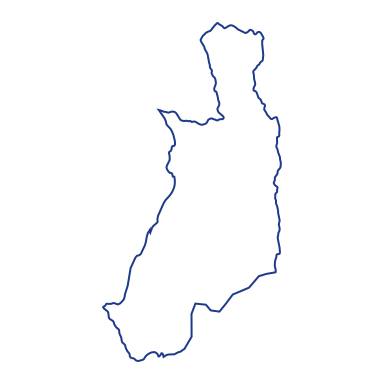 SVG path tracing the border of Menabe
{"feature_id": "MDG-5878", "entity_name": "Menabe", "entity_type": "Autonomous Province", "adm_level": 1, "iso_a3": "MDG", "parent_name": "Madagascar", "parent_adm1": "", "projection": "natural_earth1", "projection_center": [45.071, -20.047], "detail": "fine", "context": "isolated", "style": "outline", "palette": "blue", "viewbox_px": 384, "rotation_deg": 0, "n_neighbors": 0, "source": "natural_earth", "source_scale": "10m", "svg_char_len": 5994}
<svg xmlns="http://www.w3.org/2000/svg" viewBox="0 0 384 384"><path d="M103.2,306.9L105.2,305.7L106.2,304.0L106.6,303.8L110.8,303.9L113.7,303.0L115.1,303.4L116.5,304.0L117.9,304.4L119.8,303.6L122.0,301.6L123.9,299.2L124.6,296.9L125.0,294.2L127.7,285.7L130.6,268.1L135.4,257.6L137.0,255.8L139.5,255.1L140.9,253.8L145.0,245.1L146.0,241.4L146.7,237.1L147.8,233.1L149.7,230.1L149.7,230.9L150.3,232.6L152.1,227.7L153.2,226.1L156.6,223.1L157.6,221.9L157.4,219.0L158.1,215.7L163.7,203.1L165.4,200.3L169.9,195.3L171.7,192.7L173.2,189.8L174.4,186.4L174.8,183.7L174.8,179.8L174.3,176.7L172.8,176.5L172.2,174.0L171.8,173.3L171.2,173.0L170.1,172.9L169.6,172.7L168.6,171.7L167.6,170.3L166.8,168.7L166.5,167.1L166.8,165.9L168.3,162.8L168.8,161.8L169.5,160.5L169.7,159.0L169.6,155.9L169.4,155.0L169.2,154.1L169.0,153.3L169.1,152.2L169.5,151.8L170.8,150.9L171.2,150.3L171.6,148.6L171.8,147.2L172.4,146.2L174.1,145.9L175.1,144.3L174.8,140.7L173.3,134.7L172.1,131.8L170.7,129.1L167.0,125.1L166.4,124.1L165.8,121.1L164.4,118.1L158.8,110.0L160.5,110.4L163.8,111.7L166.4,112.1L168.0,112.6L168.7,112.6L171.1,111.8L172.0,111.6L172.9,111.6L173.6,111.7L174.3,111.9L175.4,112.4L175.9,112.9L176.9,114.2L180.1,119.4L180.7,120.0L181.4,120.4L183.2,120.9L184.2,121.0L186.4,120.7L188.1,121.1L189.0,121.2L190.3,121.0L191.7,121.9L192.3,121.9L193.8,121.5L194.6,121.5L196.9,122.6L198.3,123.6L199.1,124.0L200.8,124.6L201.7,124.8L202.6,124.7L205.2,123.9L206.1,123.4L207.0,122.3L207.7,120.9L208.3,119.8L209.4,119.1L210.3,118.7L211.2,118.4L212.0,118.5L213.6,119.2L215.6,119.8L216.2,120.2L216.9,120.4L217.8,120.3L219.0,119.5L220.7,119.2L222.3,119.1L223.1,118.8L223.6,118.2L223.6,117.2L223.2,116.4L222.6,115.8L219.4,113.1L218.8,112.5L218.3,111.9L217.8,110.8L217.6,110.0L217.4,109.1L217.7,108.0L218.5,106.6L219.0,105.5L219.3,104.1L219.3,103.0L219.0,102.0L218.6,101.2L218.3,100.2L217.5,95.9L217.0,94.3L216.8,93.3L216.5,92.4L216.2,91.7L215.0,91.2L214.7,90.9L214.4,90.2L214.2,89.3L214.3,88.2L214.7,86.9L215.5,84.9L215.8,83.5L215.9,82.3L215.3,79.2L215.1,78.5L214.8,78.0L214.4,77.5L212.8,75.8L211.7,73.4L211.6,72.5L211.9,71.4L211.8,70.5L211.5,69.7L210.4,68.3L210.0,67.5L209.9,66.6L209.8,64.8L209.2,63.1L207.6,54.5L207.3,53.6L206.9,52.8L205.2,49.8L204.8,49.0L204.4,47.3L204.1,46.5L201.4,42.1L201.0,41.3L200.7,40.5L200.7,39.6L201.1,38.9L202.4,36.5L202.9,35.8L205.9,32.9L207.9,31.7L209.8,31.1L210.8,30.4L211.5,29.6L212.5,28.1L213.6,26.9L214.5,25.6L215.9,24.4L216.5,23.7L217.0,23.2L217.7,23.0L219.5,24.5L221.9,25.8L222.7,26.5L223.3,27.3L223.9,27.9L224.7,28.2L225.7,27.8L227.2,26.8L230.1,25.3L231.2,25.3L232.3,25.5L234.2,26.4L235.2,27.1L236.1,27.7L237.3,28.9L238.0,29.4L244.9,32.8L245.9,33.0L247.0,32.4L248.6,31.3L249.1,30.7L249.5,30.1L250.1,29.9L250.9,29.9L252.4,30.7L253.1,31.3L253.5,32.1L253.7,32.9L254.1,33.6L254.6,34.2L255.3,34.3L256.0,34.0L257.6,32.2L259.1,31.9L260.4,32.5L261.0,33.2L263.2,37.1L263.5,38.1L263.5,38.8L262.4,40.1L262.3,40.6L262.2,41.1L262.2,44.1L263.3,55.1L262.8,59.8L262.6,60.4L262.3,60.8L260.7,62.1L260.1,62.7L259.3,64.3L259.0,64.6L257.9,65.3L257.3,65.9L256.5,67.5L255.2,69.2L253.8,70.5L253.4,71.2L253.3,71.8L253.3,72.4L253.8,74.3L254.1,78.8L254.7,81.2L255.2,83.8L255.2,84.5L255.1,85.1L254.1,86.9L253.8,87.7L253.5,89.2L253.5,90.0L253.7,90.5L255.4,91.2L255.7,91.4L256.3,92.0L256.9,93.2L258.3,97.3L258.5,97.7L259.0,98.3L260.4,99.3L261.1,100.6L261.6,102.2L261.9,102.9L262.3,103.4L264.0,104.1L264.5,104.4L264.9,105.1L265.0,105.7L264.9,106.2L264.5,107.2L264.4,107.9L264.2,109.1L264.3,109.7L264.5,110.2L265.3,111.2L266.2,112.7L267.0,114.4L267.7,115.4L269.2,116.9L270.0,117.9L270.5,118.6L271.2,119.0L271.7,119.1L272.1,119.0L274.3,117.7L275.6,117.3L276.0,117.2L276.5,117.3L277.0,117.8L277.2,118.5L277.3,119.4L277.4,120.1L278.1,121.8L278.4,123.3L279.2,125.8L279.4,127.5L279.5,130.3L279.2,132.5L279.3,135.2L279.2,135.9L278.9,136.3L278.6,136.6L277.5,137.0L277.2,137.2L277.0,137.4L277.0,137.8L277.1,142.8L277.1,143.4L276.5,145.1L276.3,146.4L276.4,147.1L276.6,147.6L276.9,148.0L277.5,149.4L278.2,152.6L279.9,157.1L280.0,158.1L280.1,159.5L280.3,160.4L280.8,162.4L280.8,163.1L280.6,166.6L280.3,167.5L279.9,168.3L278.2,170.2L277.8,171.0L277.7,171.5L277.5,173.1L277.4,173.6L277.0,174.5L275.1,177.0L274.9,177.8L274.8,180.1L274.5,181.1L273.9,182.3L273.8,182.8L273.9,183.5L274.4,184.4L274.8,185.0L275.8,185.9L276.9,186.6L277.2,186.9L277.5,187.2L277.5,187.7L277.4,188.4L277.1,189.4L277.0,190.0L277.2,191.3L277.1,191.8L276.9,192.2L275.7,193.4L275.5,193.7L275.3,194.2L275.3,194.8L275.3,196.5L275.1,198.1L275.3,198.8L275.7,199.7L276.0,200.5L276.0,202.7L276.1,203.5L276.4,204.5L277.1,206.1L278.1,210.9L278.1,212.6L278.2,213.3L279.5,219.6L279.6,220.5L279.6,221.2L279.2,222.6L279.0,223.6L278.9,224.2L278.9,224.7L279.6,228.3L279.6,230.0L279.3,231.0L278.5,232.7L278.4,233.1L278.2,234.8L278.1,235.9L277.6,237.3L277.7,238.1L279.6,247.8L279.9,252.1L279.9,252.7L279.8,253.2L279.6,253.6L279.3,253.9L278.8,254.0L277.3,254.2L277.0,254.4L276.7,254.8L276.5,255.2L276.4,255.8L276.3,257.5L276.1,258.0L275.5,259.3L275.4,259.8L274.9,262.4L274.8,265.1L274.8,266.0L275.0,267.1L275.6,269.3L275.7,270.4L275.7,271.2L275.5,272.3L266.4,273.9L258.8,276.2L249.1,287.6L232.8,294.5L225.1,304.7L219.4,311.6L210.7,310.4L205.9,304.7L195.4,303.6L191.5,313.9L191.6,336.7L184.4,349.0L182.7,350.0L180.9,351.5L178.2,352.3L174.3,354.3L168.4,354.5L165.9,355.3L163.6,356.9L163.0,354.4L162.5,353.7L161.8,353.2L161.4,353.3L160.7,354.7L159.2,356.4L158.5,356.4L157.3,353.7L154.8,352.1L151.9,352.3L149.1,353.5L146.8,355.1L145.5,356.5L143.6,359.4L142.4,359.9L139.6,360.7L138.0,361.0L136.3,360.5L135.6,360.1L134.7,359.1L134.2,358.7L133.2,358.3L132.2,358.2L131.2,357.9L130.3,357.2L129.9,356.4L129.6,354.3L129.2,353.4L127.4,351.2L126.1,348.7L125.5,347.1L125.3,345.9L124.7,344.6L122.2,342.3L121.6,340.3L121.4,338.2L120.9,336.7L119.5,333.7L119.3,332.8L119.2,330.9L119.0,330.0L118.5,329.2L116.3,327.4L114.8,325.2L114.0,323.6L113.7,322.1L113.0,321.0L109.7,318.9L108.9,317.7L108.3,313.0L107.9,311.9L107.0,310.9L104.3,308.8L103.2,307.5L103.2,306.9Z" fill="none" stroke="#1e3a8a" stroke-width="2"/></svg>